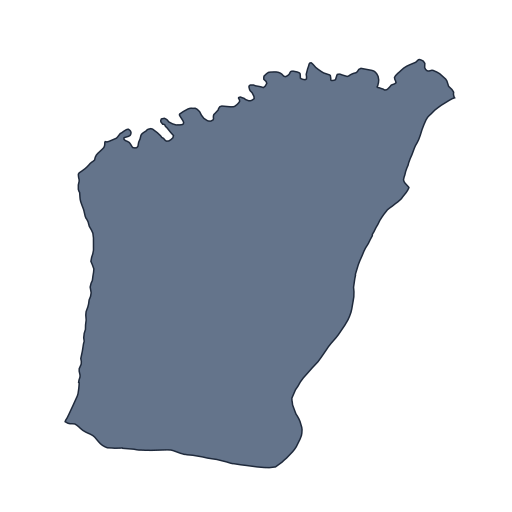 outline of Chey Saen, Preah Vihéar, Cambodia, rotated 95°
{"feature_id": "14789045B76871664968100", "entity_name": "Chey Saen", "entity_type": "district", "adm_level": 2, "iso_a3": "KHM", "parent_name": "Cambodia", "parent_adm1": "Preah Vihéar", "projection": "equal_earth", "projection_center": [105.306, 13.6], "detail": "fine", "context": "isolated", "style": "filled", "palette": "slate", "viewbox_px": 512, "rotation_deg": 95, "n_neighbors": 0, "source": "geoboundaries", "source_scale": "gbopen_adm2", "svg_char_len": 5997}
<svg xmlns="http://www.w3.org/2000/svg" viewBox="0 0 512 512"><g transform="rotate(95 256 256)"><path d="M81.1,71.9L80.0,72.7L77.6,73.4L75.6,73.4L74.1,74.5L73.0,75.4L70.2,78.9L65.0,81.1L63.2,82.5L58.4,88.9L57.0,91.9L55.7,95.7L55.6,96.9L56.7,99.9L56.6,101.6L55.4,103.3L53.6,104.4L49.4,104.6L47.3,106.3L46.4,108.5L46.0,110.2L46.3,111.3L49.1,113.8L52.1,119.5L53.7,122.3L55.9,125.2L58.2,127.4L60.0,129.0L61.7,130.7L64.2,132.7L66.1,133.6L67.9,133.1L69.5,132.2L71.2,131.6L72.4,132.9L73.9,136.1L75.8,137.4L77.9,139.1L78.9,140.2L79.3,141.5L79.4,142.5L78.6,144.0L78.3,145.6L77.7,147.8L77.5,149.7L77.0,150.1L75.7,149.6L72.6,149.1L69.9,149.1L66.5,150.0L64.1,151.5L62.5,153.1L61.5,154.7L61.0,156.8L59.9,167.8L61.2,169.9L62.4,170.5L63.6,171.2L64.7,172.3L65.5,174.6L66.4,176.4L67.5,178.1L68.6,179.4L69.2,180.8L68.2,185.6L67.5,188.3L67.7,189.7L68.0,190.8L68.9,191.2L73.1,192.1L73.8,192.7L74.2,193.7L74.6,195.7L74.5,196.4L74.0,196.9L72.4,197.0L69.7,197.7L69.2,198.5L67.7,204.7L66.5,207.1L64.6,210.4L62.9,213.0L60.5,215.5L59.5,216.7L58.7,217.9L59.0,219.1L60.1,219.8L62.4,220.2L65.1,220.9L70.6,221.8L73.4,221.2L75.3,221.2L76.2,222.6L76.0,223.3L76.0,224.5L75.5,226.4L74.9,227.3L71.7,227.7L70.3,228.1L69.7,229.0L69.1,230.9L68.6,235.2L68.9,236.8L69.4,237.6L70.5,238.2L71.4,238.4L72.9,239.5L74.3,241.3L74.8,242.4L74.4,244.1L72.6,246.1L71.7,247.7L71.1,249.7L70.9,251.6L71.0,253.6L71.6,258.0L72.0,259.6L73.5,261.4L76.1,263.7L77.9,263.8L79.3,263.6L81.3,261.1L83.1,260.3L86.1,261.7L87.6,263.4L87.1,265.5L86.8,267.9L86.5,271.4L85.9,273.3L86.0,274.8L86.2,276.6L86.9,277.5L88.1,277.8L90.5,277.0L91.8,276.3L93.7,274.1L97.1,272.0L99.4,271.5L101.1,273.5L101.8,274.9L102.0,276.8L101.1,279.9L100.0,281.6L99.5,283.7L99.0,285.3L99.3,286.3L99.7,287.1L100.5,287.1L101.9,286.0L103.5,285.8L104.9,286.6L106.7,288.0L108.8,290.3L109.3,291.6L109.6,294.1L109.6,303.1L110.4,305.0L112.3,306.1L113.8,306.4L117.2,309.0L118.7,310.3L120.0,310.6L121.3,310.6L122.7,310.3L124.0,310.5L124.9,311.7L125.6,312.9L125.7,315.0L125.3,316.5L123.4,320.0L120.4,322.7L117.2,324.7L116.0,326.1L114.8,327.7L114.1,329.5L114.4,331.6L114.4,333.4L114.7,334.8L115.4,336.5L118.4,341.0L121.2,344.4L122.1,344.6L123.3,343.9L125.9,341.9L127.6,340.6L129.3,339.7L130.7,339.9L131.5,340.9L132.0,343.1L132.4,347.1L131.6,350.8L130.0,354.6L128.2,356.3L127.5,357.5L126.8,359.3L127.7,362.2L129.3,362.7L130.6,362.5L132.9,360.4L132.8,359.4L133.4,358.2L134.8,357.5L135.9,356.0L140.3,351.8L143.2,348.7L145.5,349.1L147.6,351.0L149.0,352.9L149.4,355.3L148.4,356.9L146.9,358.3L146.1,360.2L144.6,361.5L141.8,365.0L138.6,370.1L138.3,372.0L139.0,374.1L139.6,375.3L141.0,376.4L143.1,379.1L144.4,380.4L145.7,381.1L149.5,381.7L152.9,382.8L154.8,383.0L156.7,383.1L158.1,383.9L158.6,384.5L158.9,386.2L158.7,388.3L157.8,389.1L155.7,390.6L154.0,392.1L153.1,394.0L152.4,396.2L151.4,397.6L150.5,397.8L149.6,397.7L149.2,396.7L147.9,393.4L146.9,392.0L146.1,391.6L145.2,391.3L143.8,391.3L142.7,391.8L142.0,392.4L141.1,393.7L140.8,394.4L141.4,396.1L143.4,398.8L144.9,400.4L145.8,401.9L149.4,404.2L150.8,405.3L154.6,412.4L155.4,414.5L155.2,415.6L155.2,416.2L156.0,416.5L157.9,416.4L159.5,416.5L161.1,417.0L162.1,417.7L163.4,418.8L167.5,422.5L169.3,423.8L171.5,424.7L174.5,425.2L175.9,426.6L176.9,427.9L178.3,429.3L180.1,430.6L182.3,432.4L183.9,433.9L186.3,436.6L188.6,439.4L190.0,440.1L191.6,439.9L193.4,439.5L195.5,438.8L197.1,438.7L200.7,439.2L205.1,438.8L206.8,438.1L208.2,437.2L213.3,436.4L215.2,436.0L217.3,435.3L221.0,433.6L224.3,432.0L225.8,431.4L231.1,429.7L233.0,428.8L234.0,427.9L236.5,426.3L240.9,424.7L244.5,422.2L247.5,420.5L252.2,419.5L264.4,418.4L268.2,418.8L271.5,419.6L275.7,420.0L278.9,418.3L283.0,416.4L286.3,416.4L290.2,416.7L294.7,416.9L297.5,417.9L301.4,418.5L307.0,417.0L310.7,417.3L314.3,418.4L318.4,418.6L321.5,419.1L326.3,420.4L329.7,420.4L334.6,419.6L339.5,419.8L344.0,419.5L348.1,420.4L352.5,420.5L355.9,419.7L358.5,420.2L366.0,420.7L373.4,421.6L376.3,420.8L379.0,420.7L383.7,422.3L386.2,422.1L390.0,420.9L392.0,420.8L395.0,421.5L397.4,421.7L397.7,421.1L399.9,421.0L403.3,421.0L408.7,421.3L411.0,421.8L421.2,425.4L430.3,428.7L433.9,430.1L436.2,431.3L437.7,431.7L439.0,428.8L439.3,426.7L439.1,424.4L439.1,421.9L440.1,419.9L441.5,417.8L443.1,415.8L444.8,413.3L446.2,410.4L447.1,408.0L447.9,405.6L449.1,402.9L450.5,400.9L454.8,396.6L456.6,394.6L458.0,392.5L459.2,389.9L460.0,387.4L459.8,383.0L459.8,379.9L459.1,373.8L458.8,372.6L459.2,372.1L459.1,360.9L459.4,358.0L459.5,355.8L459.3,353.5L459.3,352.2L459.2,351.2L459.2,349.4L458.9,346.5L458.8,344.1L456.9,328.0L456.8,326.8L456.7,323.8L457.1,321.5L459.2,313.7L459.4,312.4L459.9,310.1L459.8,309.4L460.0,307.2L460.0,302.9L460.0,301.6L460.8,291.9L461.5,286.9L461.8,282.7L462.1,277.4L463.7,267.3L464.6,263.3L464.9,261.1L464.8,260.1L465.3,253.2L465.5,247.2L466.0,236.5L466.0,229.2L465.7,224.3L464.4,218.2L459.1,212.1L456.7,210.0L454.7,208.0L447.7,202.4L445.3,200.8L442.6,199.3L434.4,196.1L430.8,195.1L428.5,194.9L425.0,195.0L422.7,195.5L417.1,197.7L414.5,199.1L411.7,201.0L410.1,202.3L407.7,203.5L401.1,206.6L398.1,207.2L397.3,207.5L394.5,207.9L385.8,205.0L381.9,202.8L377.7,200.9L373.4,198.3L362.6,190.3L356.0,185.1L351.2,182.2L343.6,177.9L340.1,176.0L336.6,173.7L330.6,169.3L327.4,167.2L317.2,161.5L311.5,158.8L308.0,157.6L303.9,156.5L300.5,156.0L292.3,155.3L288.2,155.0L283.2,155.3L278.6,156.1L270.0,155.6L266.4,155.2L265.6,155.4L255.6,153.3L251.5,152.1L246.6,150.4L241.8,148.9L238.5,147.6L233.8,145.2L229.6,143.6L225.7,141.9L224.3,142.0L221.7,140.7L217.1,138.9L214.0,137.4L209.6,135.7L206.2,133.9L203.4,132.3L198.5,129.1L196.5,127.0L194.4,124.5L191.6,121.6L189.8,119.5L186.3,116.2L184.1,114.9L179.8,112.0L177.4,110.7L174.6,109.6L174.0,110.0L171.6,112.6L170.3,114.0L169.0,115.0L167.3,115.7L164.8,115.4L162.2,114.8L158.8,114.3L154.9,113.3L152.3,112.4L150.1,112.1L145.6,110.9L141.5,109.5L134.6,107.6L132.2,106.8L129.2,105.4L125.9,104.1L121.5,102.9L115.5,101.6L110.3,100.1L105.6,98.5L102.8,97.1L101.0,95.7L99.2,94.0L95.1,90.6L92.4,87.7L89.6,84.5L83.9,76.8L82.1,74.1L81.1,71.9Z" fill="#64748b" stroke="#1e293b" stroke-width="1.5"/></g></svg>